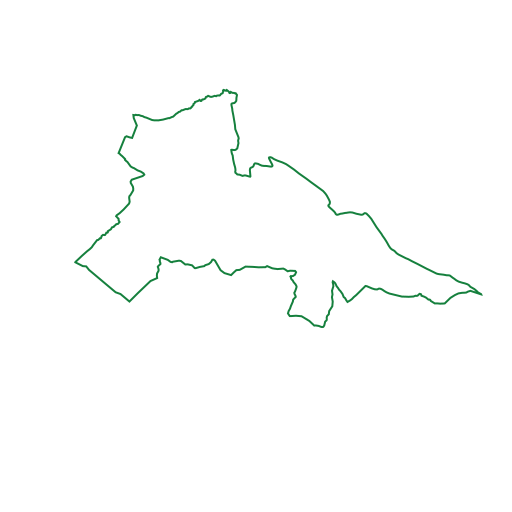 Ikela, Équateur, Democratic Republic of the Congo, rotated 135°
{"feature_id": "63176286B75913983063727", "entity_name": "Ikela", "entity_type": "district", "adm_level": 2, "iso_a3": "COD", "parent_name": "Democratic Republic of the Congo", "parent_adm1": "Équateur", "projection": "equal_earth", "projection_center": [23.073, -0.987], "detail": "fine", "context": "isolated", "style": "outline", "palette": "green", "viewbox_px": 512, "rotation_deg": 135, "n_neighbors": 0, "source": "geoboundaries", "source_scale": "gbopen_adm2", "svg_char_len": 6138}
<svg xmlns="http://www.w3.org/2000/svg" viewBox="0 0 512 512"><g transform="rotate(135 256 256)"><path d="M155.3,385.4L155.7,385.5L156.2,386.9L156.9,387.5L157.5,388.5L157.8,389.8L158.9,389.5L159.4,389.8L159.5,390.1L159.0,391.2L159.3,394.1L159.6,394.1L160.1,393.8L160.3,393.9L161.4,396.3L162.2,396.4L162.7,395.5L163.5,395.3L164.5,394.7L166.0,395.3L168.0,395.1L168.4,395.3L169.2,396.3L170.6,397.2L171.2,397.2L172.0,398.5L174.0,399.4L175.2,400.2L175.7,400.9L176.6,403.1L178.0,403.3L178.8,403.8L179.2,403.8L180.3,403.2L181.2,403.4L182.7,404.0L183.2,404.6L183.9,404.6L184.9,404.3L185.3,404.5L185.6,404.9L185.4,405.3L185.5,406.3L187.1,406.5L190.3,408.0L190.6,407.7L191.5,407.5L192.7,407.7L193.5,407.0L194.6,407.1L195.5,406.7L196.1,407.0L197.4,406.7L198.3,406.9L198.9,407.7L200.4,408.1L201.9,409.7L204.9,411.0L205.6,411.7L207.7,411.8L208.8,412.5L210.5,412.6L211.7,413.0L216.0,413.1L217.3,413.8L219.8,414.7L220.4,415.4L225.3,418.2L229.2,421.0L232.1,424.0L233.3,425.6L235.7,431.4L236.7,433.1L237.2,434.9L238.4,436.8L238.9,438.1L239.6,439.0L240.4,439.6L241.3,441.0L242.1,441.2L243.0,442.4L244.9,440.0L248.0,432.5L260.1,427.1L261.5,429.3L262.9,432.2L264.6,432.6L280.4,425.9L280.1,424.7L280.2,423.2L280.0,421.3L280.0,417.2L280.5,416.9L280.7,416.4L280.5,415.6L280.7,414.8L280.4,413.6L281.3,408.0L280.8,405.8L280.2,404.6L279.2,400.3L277.8,397.2L277.1,393.9L277.5,392.5L279.6,392.7L289.9,397.8L292.0,397.3L292.9,396.2L294.0,392.1L295.1,390.5L296.5,389.2L301.7,387.9L303.3,387.8L304.5,386.9L307.0,383.7L308.7,382.8L316.7,382.5L322.2,382.7L325.8,383.3L326.8,383.0L326.9,379.4L328.0,378.3L328.4,376.5L330.9,376.3L332.3,377.3L333.8,377.2L334.9,377.5L335.3,377.3L336.0,377.2L337.6,378.1L339.7,377.5L343.2,378.3L343.9,377.6L344.5,377.5L345.3,378.3L347.7,377.6L348.2,377.8L349.2,379.1L351.0,379.3L352.8,378.3L353.4,378.3L353.8,378.9L356.1,378.9L357.1,379.6L363.5,378.8L366.0,378.3L368.9,378.4L372.1,378.8L379.0,379.2L386.7,379.4L387.7,379.5L388.2,379.3L385.6,371.3L383.4,368.7L383.9,364.2L382.2,344.5L380.9,329.6L378.7,324.9L377.7,313.3L365.8,313.3L348.3,312.9L341.5,310.3L340.0,312.2L338.3,313.6L335.5,314.4L334.7,315.0L333.8,316.3L333.1,317.8L332.3,318.0L329.3,317.9L328.6,318.6L327.9,320.1L327.1,320.9L326.9,321.6L324.2,322.4L321.1,315.6L320.6,312.3L319.7,310.9L318.8,310.7L313.7,307.1L312.6,305.5L312.0,300.0L310.2,298.4L307.8,294.6L307.9,290.8L307.3,290.1L303.3,287.9L299.7,285.4L298.4,285.4L295.1,283.7L292.0,283.5L289.5,284.2L288.6,283.5L288.3,281.6L291.1,271.0L290.4,266.2L287.1,260.1L283.5,260.1L279.9,259.9L277.3,257.7L270.9,255.9L265.8,250.4L262.0,246.0L257.3,241.5L255.3,241.0L253.2,235.8L251.5,233.4L251.1,233.0L250.1,231.6L245.6,227.8L245.0,226.1L244.4,222.8L242.3,221.5L238.9,217.8L239.1,216.2L241.7,215.2L244.1,215.7L245.7,217.2L246.2,217.1L246.4,216.1L247.2,215.2L247.4,214.0L247.3,212.8L247.9,210.9L248.1,208.0L248.7,206.1L249.1,205.5L250.5,204.7L253.5,203.3L254.9,202.9L255.5,202.1L256.2,200.0L256.8,199.0L260.5,198.9L262.2,197.7L266.8,195.9L269.2,194.7L271.8,194.0L274.0,192.8L274.6,189.7L273.2,188.3L270.0,185.5L266.4,181.2L264.2,172.3L264.0,165.6L262.9,164.7L261.1,162.2L260.1,159.9L259.5,159.0L258.5,158.3L256.9,158.6L253.5,160.7L251.6,160.6L250.8,161.1L249.4,162.6L248.1,163.3L245.8,163.3L243.2,165.3L237.6,166.5L234.0,169.5L231.4,173.2L229.1,174.7L226.8,177.7L222.7,179.9L221.6,181.2L220.3,183.3L219.5,183.7L219.2,181.8L219.3,180.5L220.4,177.5L220.6,175.4L221.1,173.3L221.1,171.6L221.7,168.0L223.0,165.0L222.8,163.2L223.5,160.7L223.8,158.8L220.8,158.0L218.5,157.7L216.0,157.8L212.9,157.5L199.8,157.4L199.0,156.3L196.9,151.0L195.5,148.4L194.0,146.7L192.1,146.0L191.4,145.2L190.8,144.0L190.4,142.6L190.0,140.3L189.4,138.0L188.2,135.1L181.5,124.1L179.1,121.6L176.9,119.2L173.3,116.0L171.3,115.1L170.6,114.2L169.8,113.7L167.1,113.6L166.4,112.5L166.5,111.9L167.1,110.9L166.0,108.7L165.2,106.4L164.9,103.2L164.0,102.3L163.9,101.7L164.2,100.6L163.1,96.0L161.5,94.5L159.5,92.1L156.6,89.4L156.0,89.0L148.1,88.9L142.9,87.7L139.3,86.4L136.5,84.4L134.4,82.5L133.2,81.5L131.2,80.9L129.0,79.7L123.9,69.6L123.8,69.8L124.8,73.6L124.7,75.1L125.0,78.3L126.2,82.6L126.1,85.2L126.6,86.8L127.7,89.0L129.2,91.5L130.3,93.6L130.8,94.6L131.2,95.9L131.6,97.3L131.9,99.7L132.3,101.7L132.7,104.9L133.1,105.7L134.9,107.7L136.7,110.3L139.4,113.7L140.2,114.9L140.8,116.0L143.6,124.3L144.2,125.9L147.4,136.1L149.4,142.0L150.6,146.1L151.6,148.4L154.1,156.0L154.4,157.3L154.6,158.8L154.5,161.1L154.6,162.2L155.3,164.6L155.4,166.0L155.3,167.2L154.8,169.6L154.2,171.6L153.5,174.2L152.8,177.4L152.2,180.9L151.7,182.8L150.9,188.0L150.4,191.2L148.2,200.8L147.9,204.4L147.9,205.7L147.9,207.8L148.2,208.6L148.8,209.4L149.9,209.7L150.6,209.7L151.3,209.9L151.9,210.3L152.6,211.0L155.2,215.0L156.5,217.5L157.1,218.6L158.6,220.4L160.4,221.8L161.3,222.4L162.5,223.4L165.1,225.1L166.5,226.2L168.3,227.0L169.1,227.5L169.6,227.9L169.8,228.4L169.9,228.9L169.9,229.4L169.5,230.5L169.4,231.2L169.3,232.2L169.4,235.5L169.5,236.6L169.6,239.2L169.5,239.9L169.3,240.4L168.8,240.7L167.7,240.6L166.5,241.1L165.5,242.0L164.9,243.3L164.3,245.0L163.2,248.7L162.8,251.0L162.6,254.4L163.0,257.2L164.9,269.2L165.7,274.9L167.3,284.1L168.0,290.3L169.4,298.0L169.8,299.8L171.2,303.6L173.5,308.4L174.4,310.8L174.8,311.9L175.3,314.4L175.9,315.6L176.9,316.4L177.4,316.3L177.8,315.7L178.6,313.4L179.8,309.5L180.2,308.6L180.5,308.2L181.0,308.0L181.5,308.1L182.1,308.5L182.7,309.2L184.9,312.2L186.7,314.1L188.0,315.8L188.8,317.8L189.1,318.8L189.4,319.7L190.8,321.8L191.2,322.2L192.0,322.3L192.7,322.1L193.9,321.5L194.8,321.3L195.6,321.4L197.1,322.0L197.8,322.1L198.3,322.0L199.6,321.1L203.6,316.3L204.0,316.2L204.4,316.7L206.3,320.2L207.1,321.1L208.9,322.2L210.1,325.1L211.3,326.5L211.6,327.1L211.5,328.2L211.7,329.3L211.2,330.2L209.9,331.1L208.9,332.3L208.0,333.6L206.3,336.7L203.9,340.4L201.4,343.6L200.8,345.1L200.2,346.2L198.5,348.5L198.0,348.3L196.5,346.3L195.4,345.5L193.2,345.3L188.6,348.2L187.2,350.1L186.5,350.6L185.2,351.3L184.4,352.4L181.9,358.2L181.0,360.3L178.2,363.6L174.0,369.5L172.5,371.6L169.9,375.5L168.7,376.9L166.5,380.3L165.7,380.9L165.0,380.8L163.1,379.5L162.0,379.4L160.4,379.6L159.7,380.1L158.1,381.6L155.6,383.3L155.3,385.4Z" fill="none" stroke="#15803d" stroke-width="2"/></g></svg>